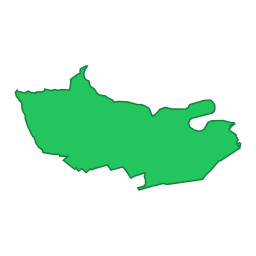 the district of Sibot, Alba, Romania
{"feature_id": "2599482B82824801071491", "entity_name": "Sibot", "entity_type": "district", "adm_level": 2, "iso_a3": "ROU", "parent_name": "Romania", "parent_adm1": "Alba", "projection": "robinson", "projection_center": [23.303, 45.942], "detail": "medium", "context": "isolated", "style": "filled", "palette": "green", "viewbox_px": 256, "rotation_deg": 0, "n_neighbors": 0, "source": "geoboundaries", "source_scale": "gbopen_adm2", "svg_char_len": 1825}
<svg xmlns="http://www.w3.org/2000/svg" viewBox="0 0 256 256"><path d="M234.1,122.6L230.6,122.6L223.0,120.5L211.5,120.8L207.9,122.6L204.2,129.2L201.2,131.0L198.4,131.2L194.1,130.0L190.0,127.3L188.5,123.2L190.1,119.6L192.4,118.1L212.7,112.9L214.5,110.6L214.9,107.8L214.5,104.3L210.8,100.2L204.3,100.4L189.8,104.6L188.0,107.7L185.6,109.1L171.7,109.0L165.1,107.4L159.7,109.5L155.4,114.5L152.3,116.1L149.1,108.4L143.9,105.4L140.3,104.5L138.0,104.7L127.3,101.9L118.6,101.4L113.9,102.2L112.7,100.2L107.4,97.6L105.2,95.9L99.1,94.9L97.1,93.3L94.4,89.1L89.9,85.8L88.8,80.8L86.6,80.2L84.7,78.2L83.6,74.2L84.3,71.2L87.3,66.0L85.4,66.2L80.3,69.0L79.9,73.6L77.7,74.3L70.7,79.3L70.7,83.0L69.6,90.0L61.0,89.6L59.6,90.2L56.9,90.2L55.5,89.5L51.3,90.5L44.6,89.1L44.3,90.8L43.2,91.7L36.3,92.0L36.1,92.9L34.8,92.9L30.8,92.5L28.1,91.0L25.5,92.8L23.9,93.1L20.9,91.8L17.9,91.5L17.1,90.2L15.4,92.4L16.4,96.4L18.4,98.5L19.5,100.8L20.7,100.9L20.9,102.2L21.8,102.8L22.0,108.8L23.6,112.9L25.2,114.6L25.2,118.6L27.5,125.8L32.6,136.3L33.8,136.9L36.4,144.0L38.8,147.3L42.4,150.1L43.0,152.5L52.5,154.1L59.7,154.6L59.7,156.0L67.9,156.5L63.3,160.3L74.6,169.2L76.2,167.9L77.5,170.3L78.6,171.0L82.1,168.5L86.0,172.6L90.5,168.8L91.6,169.9L94.1,168.7L107.4,164.9L110.8,170.1L122.8,166.9L126.5,171.2L130.7,178.1L135.0,176.0L144.9,172.8L145.0,174.9L144.3,176.6L145.5,179.6L145.5,184.2L145.1,185.2L144.3,185.3L144.2,186.2L137.8,187.8L139.1,190.0L154.7,185.3L155.0,185.7L163.0,183.4L167.2,184.4L202.6,179.3L206.0,174.7L210.8,170.2L218.7,161.2L220.3,160.8L240.0,148.0L238.2,145.7L240.1,146.4L240.6,143.5L239.3,142.8L237.2,143.8L236.8,141.8L238.0,140.4L237.8,139.2L236.7,137.5L236.1,135.4L235.3,134.1L230.1,130.9L229.0,128.7L230.5,127.8L231.6,126.0L232.9,125.6L232.8,125.1L229.0,125.9L234.7,124.0L234.1,122.6Z" fill="#22c55e" stroke="#15803d" stroke-width="1.5"/></svg>